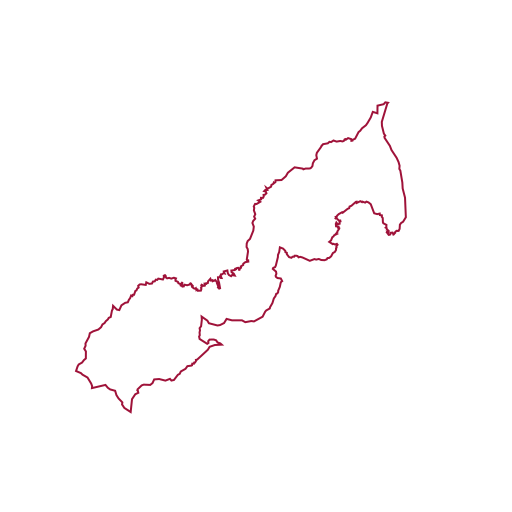 outline of Cisnadie, Sibiu, Romania, rotated 23°
{"feature_id": "2599482B29691354354031", "entity_name": "Cisnadie", "entity_type": "district", "adm_level": 2, "iso_a3": "ROU", "parent_name": "Romania", "parent_adm1": "Sibiu", "projection": "orthographic", "projection_center": [24.09, 45.647], "detail": "fine", "context": "isolated", "style": "outline", "palette": "rose", "viewbox_px": 512, "rotation_deg": 23, "n_neighbors": 0, "source": "geoboundaries", "source_scale": "gbopen_adm2", "svg_char_len": 6148}
<svg xmlns="http://www.w3.org/2000/svg" viewBox="0 0 512 512"><g transform="rotate(23 256 256)"><path d="M165.8,325.7L161.3,326.9L160.0,327.7L159.2,329.5L160.3,330.9L159.4,332.4L159.4,334.4L158.6,335.3L158.9,339.3L157.8,339.8L157.9,341.2L156.5,341.1L156.6,343.9L156.1,346.0L156.1,348.7L153.9,350.2L151.4,354.0L151.3,359.2L148.9,359.7L143.9,357.7L144.9,361.0L144.7,362.4L146.1,368.9L144.6,370.5L144.4,372.3L143.2,374.7L142.8,376.9L141.4,379.0L141.2,382.1L139.6,385.3L135.5,389.0L133.2,392.0L133.9,395.7L133.2,403.1L134.2,405.2L134.1,408.5L136.7,410.3L139.4,416.8L138.3,419.0L137.5,422.1L135.2,425.1L134.9,427.3L135.3,432.2L140.6,432.2L142.6,433.0L148.4,433.7L154.1,437.8L156.0,439.8L156.6,441.7L167.8,433.5L171.1,435.2L173.8,435.8L179.0,435.1L181.9,438.6L185.1,440.8L190.2,443.0L190.7,445.0L194.2,447.3L201.6,448.6L197.8,436.2L198.9,430.4L201.1,427.9L199.9,426.2L199.3,426.1L199.1,425.0L201.3,419.8L202.9,418.3L209.0,416.0L210.4,413.4L210.5,409.4L214.9,407.1L221.3,406.1L224.8,402.7L226.8,403.7L228.9,402.2L230.5,395.9L231.8,394.3L231.9,391.7L235.2,387.4L235.9,384.2L239.4,382.1L239.8,381.6L239.4,380.0L240.9,379.4L240.7,378.3L241.5,377.9L241.8,375.9L241.3,375.1L242.3,374.4L248.3,361.1L248.8,357.7L252.9,354.0L259.1,351.0L257.3,350.4L254.4,350.6L252.2,349.2L249.7,349.4L245.9,351.1L245.3,353.1L246.2,354.7L245.4,355.9L236.5,354.4L235.1,352.4L235.2,350.9L233.9,348.4L233.5,346.3L232.3,344.5L232.9,342.1L231.0,335.7L229.6,333.0L236.5,334.5L238.9,336.3L247.7,335.0L249.9,333.6L252.8,330.2L253.5,325.4L259.0,324.6L268.2,320.7L272.0,321.1L277.1,317.7L279.7,317.0L285.8,309.3L286.2,303.6L286.7,302.1L289.2,298.9L288.9,297.9L289.5,292.9L289.0,288.1L289.6,285.4L289.4,282.9L290.3,282.1L290.5,280.5L290.0,279.4L290.0,275.1L289.2,271.1L289.3,269.9L289.9,268.9L287.6,267.0L284.4,267.9L282.5,267.4L281.8,266.6L281.7,264.4L280.5,262.5L276.5,261.3L276.5,260.2L277.9,258.8L278.0,257.1L276.6,248.5L275.8,246.4L275.8,243.3L274.6,238.7L278.0,238.6L280.9,239.8L281.6,241.0L283.1,241.0L283.7,242.3L286.9,244.1L289.3,243.8L289.9,242.4L291.4,241.7L291.4,240.7L293.0,240.0L294.3,239.8L295.7,240.6L297.0,239.5L299.3,239.2L307.4,239.4L311.0,236.0L312.8,235.8L315.0,234.2L317.6,234.2L320.7,233.1L322.4,231.5L322.6,230.0L324.2,229.1L325.3,226.9L325.6,223.3L327.0,221.4L327.3,219.1L326.6,217.6L326.9,216.8L326.2,215.7L326.7,213.8L325.7,213.2L324.3,214.5L322.2,214.6L321.9,215.1L317.9,214.4L319.0,212.3L318.9,208.9L319.7,207.7L319.8,206.5L321.5,204.5L320.8,204.6L321.6,202.3L321.3,201.6L321.9,198.3L320.8,197.8L319.7,198.2L320.8,197.4L320.1,197.1L321.4,196.5L318.1,197.4L316.9,195.2L316.9,193.8L318.8,194.9L320.4,193.6L319.4,191.7L320.2,191.1L319.7,190.4L318.5,191.0L314.9,189.6L314.1,191.1L314.9,188.8L314.4,188.6L314.9,188.2L314.9,187.1L315.8,185.1L318.2,182.0L318.9,182.3L321.9,176.8L323.1,175.6L322.8,173.9L324.2,172.5L326.8,167.1L327.4,166.7L328.0,167.8L330.6,164.8L332.5,165.0L332.6,164.4L335.6,164.2L336.4,162.8L338.6,162.7L341.4,163.5L348.1,170.5L351.2,170.1L353.3,168.6L354.0,169.9L356.0,169.4L356.5,170.8L357.8,171.5L359.6,175.3L360.4,176.1L363.9,176.4L364.7,178.6L364.4,179.2L365.4,179.3L365.9,180.2L368.4,181.1L368.9,183.6L368.2,183.3L368.2,182.2L367.4,182.4L368.0,182.9L367.5,183.3L369.9,184.7L370.9,184.1L371.2,182.9L370.9,182.0L372.5,181.1L373.9,182.3L373.3,182.8L374.2,182.6L374.5,181.8L374.1,181.3L375.0,180.4L374.7,179.8L375.5,177.9L376.7,177.6L377.3,176.7L377.4,178.0L377.6,174.9L376.2,170.9L376.7,168.9L378.0,167.0L378.8,161.8L370.4,144.1L364.6,136.5L362.0,131.2L355.5,121.0L353.9,119.8L352.9,116.8L350.5,113.8L347.1,110.7L339.3,105.5L336.2,102.3L328.2,97.0L327.5,95.9L328.0,94.7L325.9,93.4L321.1,87.0L319.4,83.4L317.3,64.4L317.6,63.4L315.0,64.0L314.2,66.4L309.1,70.1L312.0,77.2L307.2,77.7L307.5,83.7L306.7,89.9L306.1,92.7L303.7,97.0L303.0,100.0L302.0,101.8L301.4,109.3L299.5,111.4L299.7,112.1L298.8,112.7L298.0,111.2L294.7,111.5L293.3,113.8L292.7,113.4L292.0,114.0L291.9,115.7L290.9,116.7L288.6,117.2L285.5,119.2L282.2,119.4L280.6,121.8L279.0,122.2L278.1,124.2L274.0,126.9L273.7,128.4L273.3,128.6L273.2,130.6L271.7,137.2L272.1,139.6L274.1,142.6L272.4,145.0L272.1,148.4L272.8,151.1L272.3,153.2L271.4,154.4L267.5,156.1L265.7,157.7L264.9,157.3L256.9,159.3L252.8,166.9L252.3,171.0L249.8,176.1L244.4,178.7L245.0,180.5L244.1,181.9L243.7,181.7L243.8,182.7L242.4,184.6L242.8,186.3L240.4,189.5L238.9,189.1L240.6,190.8L238.8,191.5L238.2,193.1L239.9,192.9L241.1,194.2L240.3,196.0L239.1,196.8L239.9,198.3L239.7,199.8L237.9,200.5L238.6,201.8L236.3,204.0L238.7,204.5L236.2,207.9L234.8,208.4L234.6,211.3L235.6,212.4L236.2,214.8L239.0,217.8L238.9,220.5L240.7,222.0L239.7,224.8L239.8,227.0L242.5,229.8L243.6,233.7L243.8,242.6L242.5,245.5L242.6,248.2L243.8,251.4L245.6,252.8L246.9,255.0L248.9,262.9L249.7,263.6L250.5,263.1L251.1,264.2L248.6,265.8L247.3,268.1L247.7,269.3L246.1,271.5L246.8,272.6L246.0,274.4L246.3,276.0L244.7,273.7L244.2,273.8L242.7,274.9L242.9,275.8L241.8,276.1L242.0,277.2L239.0,279.0L239.8,280.4L242.4,280.9L244.1,282.3L242.0,282.8L241.6,282.3L241.0,284.3L238.6,284.1L236.9,283.0L235.3,280.5L232.4,282.8L233.9,284.3L232.9,284.4L231.7,286.4L231.0,286.5L230.9,287.7L232.9,289.7L232.1,290.0L230.6,289.1L230.0,290.5L229.4,290.6L230.5,292.9L232.3,294.8L235.5,299.7L234.8,300.4L233.5,299.8L233.2,300.8L233.4,299.8L232.9,298.5L231.1,296.7L231.6,296.3L227.9,294.0L227.1,295.2L226.3,295.2L226.1,294.3L226.3,295.8L225.9,296.2L225.1,295.4L224.1,296.2L222.9,294.8L221.8,298.0L222.2,299.7L220.5,300.8L220.8,301.2L219.5,301.6L220.5,303.2L219.7,303.9L217.2,303.7L217.1,304.5L218.1,305.3L217.8,306.8L218.6,307.6L218.8,309.4L216.1,310.7L215.3,309.8L214.5,310.6L213.8,309.0L213.8,309.8L213.2,309.1L212.8,309.9L211.7,310.1L209.6,309.6L209.6,308.3L208.6,307.8L208.3,308.3L207.1,306.8L206.3,306.8L205.9,308.3L204.1,309.8L201.2,310.4L201.4,312.2L200.2,312.9L198.8,312.3L199.2,311.4L198.7,310.8L198.5,308.7L197.7,312.0L197.1,311.3L195.2,311.4L194.2,310.3L191.6,310.3L191.1,309.4L191.1,307.9L188.9,308.1L186.9,309.9L184.6,310.1L182.9,311.3L181.6,311.0L180.5,309.5L179.7,309.2L178.8,310.2L179.6,311.6L179.5,314.0L174.9,315.0L174.4,316.6L173.0,316.9L172.7,318.9L171.1,319.8L171.0,322.0L168.7,323.3L165.3,323.1L165.8,325.7Z" fill="none" stroke="#9f1239" stroke-width="2"/></g></svg>